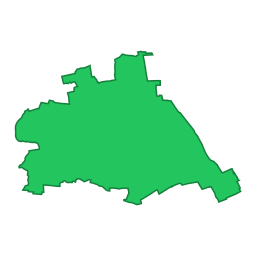 the district of Rosiesti, Vaslui, Romania
{"feature_id": "2599482B21360728377334", "entity_name": "Rosiesti", "entity_type": "district", "adm_level": 2, "iso_a3": "ROU", "parent_name": "Romania", "parent_adm1": "Vaslui", "projection": "robinson", "projection_center": [27.895, 46.447], "detail": "fine", "context": "isolated", "style": "filled", "palette": "green", "viewbox_px": 256, "rotation_deg": 0, "n_neighbors": 0, "source": "geoboundaries", "source_scale": "gbopen_adm2", "svg_char_len": 5611}
<svg xmlns="http://www.w3.org/2000/svg" viewBox="0 0 256 256"><path d="M226.4,199.1L226.0,198.2L236.1,193.9L240.6,191.4L240.3,190.7L239.1,189.0L239.6,188.8L240.2,188.0L239.0,185.6L238.2,183.6L236.8,181.6L239.1,180.4L238.6,180.1L238.3,179.7L238.0,179.4L237.8,178.5L237.2,177.8L237.1,177.5L237.1,177.0L236.8,176.7L236.5,176.1L235.5,175.2L235.4,174.3L234.9,174.2L234.8,173.7L234.7,173.6L234.3,173.8L233.8,173.7L234.2,173.3L234.2,173.2L233.9,172.9L234.1,172.6L233.8,172.5L233.6,172.3L233.6,172.0L233.2,171.8L233.0,171.6L233.2,171.3L233.0,171.1L232.2,169.9L232.4,169.7L232.1,169.2L232.1,168.9L231.3,168.9L230.7,169.1L229.0,169.9L229.0,170.0L228.7,170.2L227.1,170.8L223.8,172.3L222.2,172.9L217.8,166.1L217.3,164.9L216.1,163.7L215.0,162.9L214.4,161.9L212.9,161.1L211.0,160.4L210.6,160.1L209.1,158.6L206.0,153.8L203.9,149.2L202.1,144.6L198.2,137.5L197.6,136.2L194.7,132.7L194.5,131.5L194.1,130.6L192.3,128.2L187.1,121.7L185.1,119.1L183.6,117.2L180.1,112.7L179.2,112.5L177.6,110.9L176.9,109.7L174.8,106.8L171.9,102.3L171.1,100.9L168.0,100.7L168.0,100.4L162.8,100.2L161.7,95.5L159.8,95.2L159.7,95.9L159.6,96.0L158.7,96.1L156.9,96.0L156.8,95.9L156.5,93.3L156.5,92.0L156.3,91.3L156.0,88.5L156.1,85.2L160.3,85.2L160.2,80.7L154.7,80.7L147.5,81.0L147.3,80.2L147.1,78.5L146.3,74.6L146.3,73.8L146.1,73.3L145.8,71.3L145.8,70.9L145.3,67.4L144.9,65.6L144.6,63.7L144.5,62.5L144.5,62.0L144.2,60.9L144.1,60.7L143.7,58.6L143.3,56.3L143.2,55.3L152.7,54.8L151.8,53.0L147.9,53.2L145.6,53.2L145.8,52.1L144.4,51.8L143.7,51.8L142.4,52.3L141.4,51.4L141.1,51.4L139.8,51.7L138.3,51.9L137.7,52.1L138.5,53.9L138.5,54.3L138.5,54.5L136.6,55.9L136.1,56.4L134.5,56.2L132.1,55.6L130.1,55.5L128.8,55.5L126.2,55.2L124.0,54.6L123.2,54.3L122.3,54.2L120.7,56.0L119.6,57.1L114.9,59.5L114.9,61.0L115.5,62.3L115.1,63.3L114.8,66.0L115.1,72.2L114.9,72.9L114.6,75.1L115.0,77.4L115.7,79.7L115.7,79.8L113.1,80.3L111.8,80.4L109.8,81.1L107.5,81.1L102.1,81.8L99.7,82.6L98.9,83.0L98.9,82.7L98.6,82.3L97.6,82.3L97.0,81.2L96.9,80.3L96.1,79.2L95.6,78.5L95.3,78.5L94.1,76.5L92.0,77.1L91.7,76.3L91.4,74.4L91.2,73.5L91.1,72.8L90.6,69.2L90.1,67.4L89.9,66.2L90.1,65.6L83.5,68.2L83.1,68.0L82.8,68.0L80.5,68.2L78.7,69.0L77.1,69.2L76.9,69.4L76.8,69.8L75.9,71.0L75.7,71.5L75.1,72.1L75.1,72.4L75.2,73.0L75.2,73.5L61.8,76.4L63.6,83.6L63.9,83.8L65.7,83.2L66.4,83.3L67.6,83.5L68.2,83.5L68.7,83.0L70.0,82.2L70.9,83.1L71.1,83.0L73.5,82.0L74.7,81.8L74.8,81.8L75.4,82.9L77.5,86.4L76.9,86.5L75.8,87.0L74.6,87.4L74.1,87.8L74.0,88.2L74.1,89.1L74.0,89.9L74.2,91.3L68.4,92.6L68.5,92.8L68.0,92.9L67.6,93.0L68.4,95.7L68.9,98.2L69.0,99.1L68.9,99.9L69.0,100.9L69.3,102.9L69.6,104.1L60.6,103.4L55.7,102.7L54.3,102.3L53.4,101.2L53.0,100.9L49.4,100.3L48.1,103.7L41.2,102.5L38.9,108.2L38.7,108.8L37.6,108.5L37.3,108.6L29.2,111.3L28.4,109.3L28.1,109.0L26.7,110.4L25.0,111.1L24.8,111.4L24.7,112.8L24.3,113.2L23.9,113.4L23.3,114.2L23.0,114.8L22.2,116.0L22.0,117.0L21.8,117.4L20.9,118.4L20.0,119.0L18.1,121.0L17.0,122.6L16.1,124.4L15.6,126.3L15.4,128.2L15.6,129.5L15.7,133.8L15.6,135.8L15.7,136.5L16.3,138.3L16.6,138.9L17.5,139.9L18.2,140.6L19.0,141.2L20.7,141.4L21.2,141.6L21.9,141.0L26.3,141.9L26.6,141.4L31.1,142.4L34.0,142.5L34.3,142.0L35.0,142.1L35.5,142.7L36.4,142.9L37.8,143.4L38.8,146.2L39.4,147.1L39.2,149.2L29.7,150.7L29.0,150.9L29.2,152.1L29.0,152.8L25.8,156.6L25.0,158.5L25.0,158.8L25.2,159.6L25.1,160.1L24.7,160.9L24.1,161.7L23.6,162.0L23.0,162.6L22.3,164.0L21.8,164.5L20.2,165.0L19.1,166.3L19.0,166.8L19.1,167.5L19.3,167.8L19.7,167.9L20.8,167.3L22.2,167.6L24.0,169.0L27.3,170.7L27.6,171.1L27.9,172.3L27.6,173.4L27.6,174.4L27.4,174.8L27.4,175.1L28.7,176.3L28.7,176.7L28.2,178.5L27.8,180.0L28.2,181.2L28.5,183.4L28.4,184.3L28.2,184.9L27.9,185.2L26.0,185.6L25.6,185.7L25.2,186.0L24.9,186.5L24.6,187.6L23.7,188.5L22.8,190.1L28.4,190.5L28.5,190.6L28.3,191.6L33.4,192.1L33.0,193.7L41.5,194.4L41.9,193.6L42.3,192.1L43.7,192.3L43.4,184.9L51.7,185.6L56.4,186.2L59.7,186.4L59.9,186.3L60.1,185.8L59.6,184.6L59.7,184.2L59.9,183.9L59.9,183.4L60.0,182.9L61.6,182.4L62.8,182.2L62.8,181.9L63.0,181.6L63.9,180.9L64.2,180.8L65.0,181.0L66.1,182.0L67.6,182.5L68.2,182.6L70.8,182.4L71.5,182.1L71.7,182.5L72.2,182.5L72.5,181.7L72.8,181.2L74.5,181.2L75.2,182.2L75.5,182.2L75.7,181.5L76.0,179.4L76.2,179.2L77.6,179.1L78.0,178.8L78.9,178.8L79.2,178.6L79.6,178.8L79.8,179.1L80.8,179.6L81.1,179.4L82.2,180.5L84.1,181.5L84.3,181.7L84.9,181.3L85.3,181.2L85.8,181.2L86.3,180.6L87.2,180.5L87.5,180.4L87.9,180.1L88.1,180.1L88.4,179.7L88.6,179.6L89.2,179.6L89.7,179.8L90.4,180.2L90.8,180.2L90.2,182.5L93.4,183.2L96.0,184.2L96.5,184.3L97.3,184.6L99.7,186.1L100.3,186.2L101.1,186.0L102.1,186.3L105.1,189.0L105.3,189.3L106.1,189.9L107.4,190.7L109.8,190.9L109.5,188.2L112.9,188.0L117.6,188.6L119.1,189.0L120.2,188.6L123.7,188.2L124.2,188.2L125.8,188.1L126.3,188.2L126.7,188.1L127.6,188.6L128.1,188.5L128.1,188.8L128.3,189.9L128.4,190.1L128.5,190.7L128.7,191.2L128.7,191.9L128.8,192.4L128.7,192.9L128.9,193.2L128.2,194.5L128.0,195.0L126.6,198.7L126.5,199.4L126.1,199.5L124.4,199.5L123.8,199.8L123.8,200.4L124.0,200.6L125.1,201.0L129.0,202.3L130.9,202.6L131.8,202.6L137.0,204.6L141.3,203.5L141.4,202.9L140.4,200.1L150.3,194.1L156.9,189.7L157.1,189.8L157.7,190.6L158.8,193.5L159.1,194.1L171.4,186.4L171.8,187.0L172.8,186.1L174.9,185.1L177.1,184.3L178.4,183.7L180.4,183.2L182.1,185.1L187.5,183.7L197.8,181.9L199.3,184.7L200.8,187.1L202.1,189.3L209.2,186.9L209.2,187.0L209.7,186.9L209.8,187.1L210.9,186.6L213.1,190.2L213.9,191.8L214.2,192.1L214.6,192.8L214.8,193.3L215.6,196.2L216.1,197.3L216.6,198.0L217.4,198.7L218.5,200.7L218.6,201.1L218.6,201.6L218.7,202.0L226.4,199.1Z" fill="#22c55e" stroke="#15803d" stroke-width="1.5"/></svg>